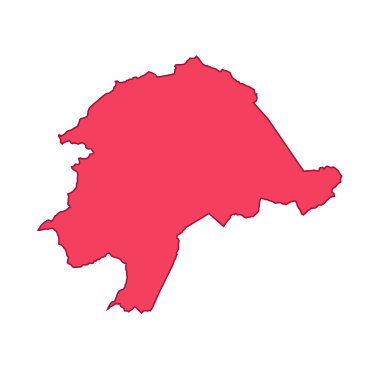 Icó, Ceará, Brazil (Natural Earth projection), rotated 193°
{"feature_id": "56859067B37935390607257", "entity_name": "Icó", "entity_type": "district", "adm_level": 2, "iso_a3": "BRA", "parent_name": "Brazil", "parent_adm1": "Ceará", "projection": "natural_earth1", "projection_center": [-38.777, -6.36], "detail": "fine", "context": "isolated", "style": "filled", "palette": "rose", "viewbox_px": 384, "rotation_deg": 193, "n_neighbors": 0, "source": "geoboundaries", "source_scale": "gbopen_adm2", "svg_char_len": 5361}
<svg xmlns="http://www.w3.org/2000/svg" viewBox="0 0 384 384"><g transform="rotate(193 192 192)"><path d="M151.1,302.0L152.2,301.2L153.4,303.1L154.3,305.5L156.0,306.2L158.9,307.0L160.3,307.7L161.8,307.5L163.5,307.9L165.3,308.4L167.4,308.8L169.6,308.5L171.3,310.0L173.0,310.0L174.2,310.6L175.8,311.3L177.3,311.9L178.7,312.8L179.7,314.1L181.9,316.9L184.0,317.4L185.4,317.8L187.7,317.8L189.9,318.2L191.2,316.0L192.6,315.6L196.4,317.2L200.8,317.5L205.3,318.3L208.0,318.3L210.5,319.1L213.7,321.8L214.6,322.9L216.7,324.3L218.2,325.2L219.7,323.0L222.0,322.1L224.0,322.1L224.9,320.2L226.1,319.0L226.5,316.9L227.7,315.5L228.7,314.5L230.0,314.1L231.3,313.5L234.9,312.7L236.4,312.2L237.0,310.6L235.4,309.1L236.2,307.3L235.7,305.3L235.9,303.1L243.1,299.7L251.7,296.1L254.2,298.1L256.3,298.7L258.2,299.1L259.7,299.3L261.4,299.3L262.2,298.1L264.5,295.3L267.8,292.9L269.2,291.2L270.8,290.4L271.9,291.4L273.3,291.1L275.0,290.0L276.1,288.3L278.6,287.6L279.1,286.2L280.5,286.3L281.5,284.4L282.9,284.0L285.8,282.5L287.4,282.3L289.8,283.3L291.6,282.5L290.3,281.0L290.4,278.3L291.5,276.6L291.7,273.3L293.7,271.3L294.5,269.9L296.6,269.0L298.1,268.0L299.8,266.2L305.5,258.3L306.8,256.6L308.5,254.3L311.0,250.3L311.4,247.0L310.9,243.9L311.2,242.2L312.8,240.6L314.8,239.5L317.0,238.4L317.6,237.0L317.5,235.2L317.8,233.0L318.3,230.4L319.5,229.1L321.6,227.4L323.6,225.2L326.0,224.0L327.6,222.5L329.3,219.6L332.1,216.9L334.4,218.0L334.7,216.5L331.7,213.8L331.4,210.8L329.2,209.6L328.1,211.1L326.1,212.7L322.9,214.4L320.9,212.6L319.5,212.2L318.0,213.2L316.2,213.3L313.5,213.1L311.5,214.7L310.0,215.2L307.6,214.7L305.9,213.6L305.5,211.5L302.8,210.5L301.5,211.3L300.1,211.5L296.6,208.3L297.6,206.6L299.8,206.1L300.7,202.6L302.8,200.5L304.7,200.1L306.8,199.6L308.3,200.2L309.9,199.2L308.4,196.2L308.0,194.7L308.8,193.2L311.9,193.0L313.0,190.4L315.0,189.4L314.0,187.9L312.0,186.9L309.2,186.0L307.9,185.4L307.1,182.3L306.7,178.9L305.9,176.8L306.3,173.8L305.6,170.6L306.7,168.4L308.4,165.4L310.5,163.5L312.7,162.0L311.2,160.4L310.8,156.3L310.1,152.0L308.2,151.1L307.0,149.6L308.5,148.8L310.0,146.7L311.3,145.3L313.8,143.7L315.8,143.0L318.1,140.5L318.8,138.9L320.2,137.9L320.9,134.3L322.5,131.6L324.0,132.1L325.5,132.3L326.7,131.6L328.4,129.8L330.1,127.7L331.7,124.9L332.4,122.5L333.4,120.2L331.7,120.5L329.9,121.3L328.2,122.2L326.4,123.1L324.3,123.3L322.5,124.1L321.0,124.9L319.0,125.2L317.3,123.8L315.1,123.1L313.8,121.1L313.0,119.6L312.0,118.6L311.2,116.9L310.8,115.0L310.4,113.0L310.1,111.4L308.1,111.2L306.2,110.6L304.6,109.0L303.1,108.1L301.6,106.4L300.7,104.7L299.8,102.4L297.6,100.5L297.6,97.9L297.5,95.1L295.8,94.3L294.0,94.1L292.8,93.4L291.8,92.3L290.1,92.0L287.6,92.7L285.8,93.4L284.4,93.7L282.9,94.4L282.5,96.0L281.3,96.7L279.5,96.9L277.3,97.8L276.2,99.7L274.5,99.9L272.7,100.1L272.0,101.5L271.7,103.0L270.2,103.0L269.0,104.9L267.1,105.4L265.9,107.4L264.9,108.4L263.5,108.8L262.0,110.1L261.0,112.8L258.9,113.9L257.5,112.8L255.9,111.6L253.8,111.1L252.1,111.0L250.3,111.0L248.2,110.7L246.3,110.1L245.3,108.9L243.4,107.9L241.7,107.4L240.2,107.8L239.6,105.9L239.9,104.2L239.0,101.8L237.5,99.5L236.9,96.9L236.4,95.3L235.9,93.9L235.8,90.7L235.7,88.5L236.1,87.0L236.0,84.5L236.8,81.9L238.9,80.8L240.9,78.9L241.7,76.2L241.9,73.8L242.1,72.1L242.4,69.6L243.1,67.7L245.1,67.0L246.3,65.0L247.3,61.6L247.9,58.8L246.7,59.9L245.8,61.8L244.1,63.0L241.9,65.4L240.6,66.0L239.2,66.1L237.1,66.9L235.8,64.5L233.7,63.9L232.2,63.3L231.0,61.1L228.2,61.6L226.7,61.0L225.5,62.5L224.2,63.9L223.3,65.1L222.3,67.1L220.7,67.1L219.2,65.9L218.0,65.2L215.8,63.8L213.9,62.7L213.0,64.6L211.5,65.6L210.0,66.0L208.5,66.0L207.3,66.8L205.7,67.1L204.7,69.8L201.1,88.1L194.6,115.6L194.2,117.7L194.1,120.2L193.5,122.5L192.9,124.3L193.1,125.8L192.4,127.6L193.5,129.0L193.1,130.7L192.4,133.0L192.6,134.8L193.2,137.0L193.6,139.4L193.7,141.8L194.8,143.2L196.3,143.6L196.8,146.0L195.7,147.7L194.3,148.6L192.7,150.5L192.0,152.4L190.7,154.3L189.9,156.2L187.4,158.6L170.7,174.9L153.4,165.6L152.8,167.6L151.8,169.8L150.7,172.8L149.6,174.2L148.9,175.7L149.5,177.2L148.3,178.4L147.3,179.4L145.7,179.5L144.5,181.0L142.7,179.9L140.4,180.7L138.6,180.7L137.1,180.3L135.3,179.1L133.5,179.0L132.0,179.9L130.5,180.4L129.1,181.2L126.9,181.9L125.4,184.1L124.1,185.9L123.1,187.7L122.8,189.2L123.3,190.8L123.3,193.2L123.7,195.4L123.9,198.0L123.9,199.9L123.2,201.8L121.0,201.4L118.5,201.2L116.7,201.6L115.1,200.9L113.1,201.1L110.8,200.6L108.7,199.8L106.5,200.6L104.9,201.2L103.0,201.6L101.4,200.9L99.3,201.1L97.5,200.9L96.3,202.2L93.9,204.3L92.1,205.3L90.4,206.2L88.8,206.2L87.7,205.0L86.4,202.6L84.7,200.5L82.9,199.1L81.5,197.6L80.5,195.5L78.5,194.7L76.7,196.8L75.4,198.7L74.7,200.3L73.4,201.2L72.2,202.8L70.5,203.5L68.8,203.9L67.8,204.8L66.7,206.0L66.1,207.3L65.0,208.2L63.2,208.3L61.8,209.5L60.4,210.9L59.1,213.8L57.8,215.2L56.3,217.9L54.9,218.6L52.4,220.0L53.3,222.2L55.8,223.7L56.0,225.5L55.5,227.3L53.8,228.7L51.5,232.9L50.5,234.2L49.3,235.2L50.1,237.7L50.2,239.7L49.7,241.2L51.6,242.6L53.2,244.3L54.3,245.7L55.9,246.6L57.4,247.0L58.5,247.8L60.0,248.1L61.7,247.2L63.2,246.9L65.4,247.6L66.8,247.2L67.9,245.5L68.7,243.9L70.1,245.5L71.9,244.8L73.2,243.8L72.8,241.6L74.0,240.7L75.5,240.8L78.4,240.6L80.5,239.6L82.6,239.0L84.4,238.5L86.4,238.0L87.6,237.2L94.4,243.4L95.5,244.4L112.4,260.0L121.2,268.1L134.4,280.2L152.3,292.8L150.7,294.1L149.8,295.6L149.8,298.1L150.8,300.3L151.1,302.0Z" fill="#f43f5e" stroke="#9f1239" stroke-width="1.5"/></g></svg>